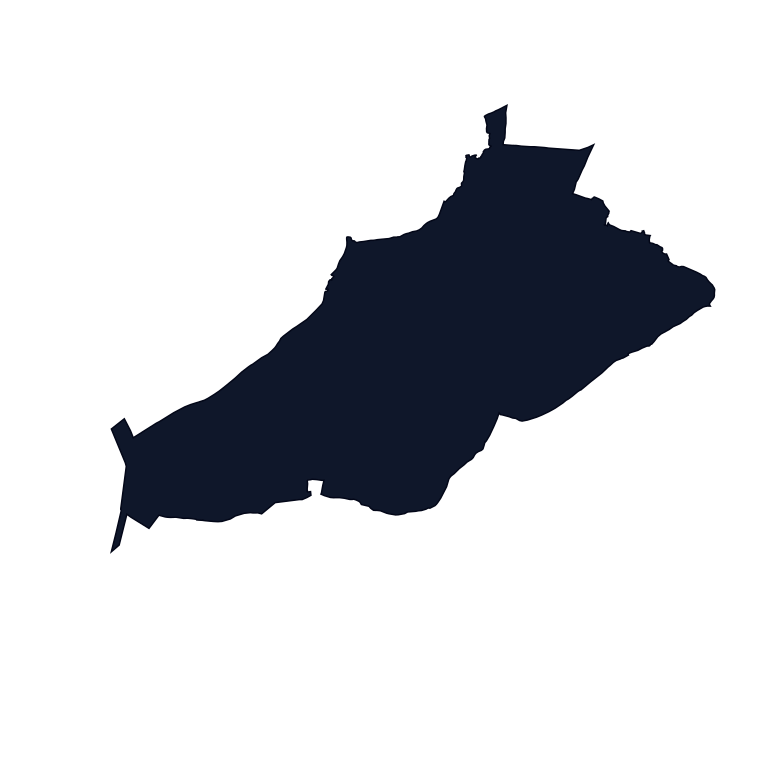 the district of Oarta De Jos, Maramures, Romania, rotated 141°
{"feature_id": "2599482B78193097020496", "entity_name": "Oarta De Jos", "entity_type": "district", "adm_level": 2, "iso_a3": "ROU", "parent_name": "Romania", "parent_adm1": "Maramures", "projection": "robinson", "projection_center": [23.086, 47.461], "detail": "fine", "context": "isolated", "style": "filled", "palette": "ink", "viewbox_px": 768, "rotation_deg": 141, "n_neighbors": 0, "source": "geoboundaries", "source_scale": "gbopen_adm2", "svg_char_len": 6084}
<svg xmlns="http://www.w3.org/2000/svg" viewBox="0 0 768 768"><g transform="rotate(141 384 384)"><path d="M364.5,496.5L369.4,494.4L369.5,494.0L367.9,493.2L367.9,492.6L368.3,492.3L369.5,491.9L370.6,492.2L371.4,492.7L372.1,492.6L378.5,486.9L381.8,485.2L390.6,484.0L403.3,482.7L416.2,483.7L420.3,484.2L432.1,484.5L435.5,484.3L438.1,483.1L441.0,482.4L444.2,481.3L446.2,480.8L450.1,480.4L455.5,480.1L462.6,481.4L473.7,482.0L475.6,482.4L478.6,482.6L487.1,482.8L496.3,482.2L507.3,482.1L516.5,482.2L522.5,482.7L529.7,483.6L533.8,484.4L547.2,489.7L553.3,491.6L565.4,494.0L582.2,496.1L585.5,496.8L612.7,500.0L610.5,507.0L607.7,520.4L624.2,520.6L634.6,485.6L636.1,482.2L666.9,452.9L667.5,452.2L667.8,451.1L668.2,450.7L686.1,436.8L701.5,425.2L691.2,425.5L665.8,444.6L664.5,439.8L657.5,419.7L641.5,423.7L637.7,418.4L636.1,416.7L633.8,414.6L629.5,411.4L624.2,405.6L621.1,403.3L617.6,399.8L615.2,397.2L615.1,396.2L611.0,392.4L610.8,392.5L610.6,392.4L610.8,392.2L609.2,390.5L604.4,385.8L604.1,385.7L603.6,385.0L599.7,381.5L596.4,379.2L588.3,375.8L582.5,375.0L574.0,371.5L568.8,368.1L567.1,366.4L563.1,363.2L560.8,360.1L543.2,360.3L522.6,347.5L520.4,345.7L515.4,344.3L510.8,343.5L508.8,346.6L510.9,347.8L511.3,348.4L511.1,349.2L510.8,349.1L510.0,350.5L506.2,354.5L504.7,356.8L504.3,357.2L503.4,357.2L501.1,355.7L499.8,355.2L496.3,351.9L492.8,348.1L491.2,346.9L495.3,343.8L501.3,338.6L502.3,338.1L500.6,334.8L497.1,329.6L494.9,327.5L490.2,323.8L486.8,320.3L483.2,315.8L481.4,314.3L480.2,313.7L479.6,312.9L478.6,311.3L477.3,308.6L477.0,307.1L477.4,304.6L472.6,298.4L472.5,295.7L471.7,292.7L471.4,292.2L469.2,290.4L466.6,287.8L463.3,282.0L461.8,280.0L457.4,275.0L455.2,273.4L449.5,270.3L446.2,269.7L439.6,265.2L437.0,263.8L434.5,262.1L430.1,260.3L427.9,259.9L426.8,259.1L426.5,258.6L420.9,257.4L418.8,257.6L416.7,258.1L411.8,259.6L400.0,264.8L394.1,268.9L392.8,269.6L390.9,270.1L389.5,270.3L385.8,270.2L378.9,270.9L372.6,270.8L368.5,271.1L363.3,270.4L361.0,270.7L357.9,272.0L355.8,272.4L353.1,272.1L350.2,271.2L348.3,271.2L347.6,271.5L344.9,273.3L341.9,275.5L341.8,275.1L340.2,275.4L334.3,277.6L325.4,281.9L318.0,285.8L312.8,289.1L312.8,287.0L311.6,285.7L307.3,279.8L305.4,276.6L303.2,274.3L301.6,270.3L300.0,268.3L295.2,265.7L286.3,262.2L280.9,260.6L273.5,258.8L269.7,258.1L266.1,257.5L256.9,256.7L252.9,256.8L250.0,256.3L245.6,256.1L238.2,256.2L235.6,255.9L235.1,255.8L234.9,255.5L222.1,255.7L207.5,255.5L199.1,256.2L196.7,256.2L192.2,256.5L188.8,256.2L184.6,254.7L183.1,254.4L182.0,253.8L179.4,253.3L175.8,252.7L175.6,253.4L175.2,253.9L174.2,253.7L171.4,252.8L165.5,250.4L160.9,249.5L155.8,248.0L154.0,246.7L153.3,246.6L151.5,247.0L151.2,246.9L150.9,246.5L147.2,247.1L141.5,248.5L137.3,248.6L128.1,246.9L123.2,246.6L115.5,244.6L112.8,244.5L108.2,244.0L104.3,244.3L101.6,243.9L98.2,244.3L94.4,244.0L87.7,243.0L85.9,242.3L83.5,241.0L81.4,239.2L81.2,240.6L80.4,241.7L77.6,242.5L74.4,243.1L72.9,243.7L71.5,244.9L70.0,246.8L67.6,249.2L67.0,250.8L66.8,252.7L66.5,254.2L66.8,256.2L67.1,259.0L67.1,261.5L66.7,264.2L67.2,266.0L68.3,267.9L69.0,270.3L70.8,274.3L77.3,286.7L78.8,288.1L81.0,289.1L82.2,290.8L82.3,291.8L84.3,294.3L84.4,295.1L85.7,300.0L85.8,300.8L84.2,301.3L82.6,307.2L83.7,308.0L84.3,308.8L84.6,309.5L84.9,310.5L84.8,312.4L83.6,312.5L83.1,312.9L82.2,314.1L82.1,314.7L82.2,315.2L83.2,317.1L83.7,318.9L84.2,320.0L84.2,320.5L85.2,321.2L86.6,324.1L88.7,326.6L87.2,329.1L84.6,331.4L83.7,331.8L86.5,334.7L87.5,336.2L86.5,337.3L85.7,339.7L87.2,340.3L87.5,339.3L89.9,339.6L95.5,347.7L97.4,347.4L99.7,350.1L99.9,350.9L102.7,353.7L103.8,355.7L106.4,361.9L108.4,365.4L108.6,366.5L108.3,368.1L108.7,368.0L111.0,366.4L111.1,367.3L112.6,368.6L112.6,368.8L112.0,368.5L111.2,369.1L107.0,373.2L106.2,373.5L104.8,373.3L104.1,374.3L101.8,375.3L101.4,375.6L101.2,376.4L100.3,376.6L100.3,383.5L99.7,386.7L98.8,388.5L100.5,392.6L102.8,396.9L103.2,397.1L104.7,396.8L105.2,397.2L106.7,396.7L109.1,400.1L110.4,401.6L115.6,410.2L117.7,413.3L113.6,415.4L107.2,420.3L106.4,420.3L103.9,421.2L95.4,425.6L91.0,427.5L83.0,432.0L70.5,438.0L76.6,439.5L85.2,442.7L107.6,463.7L110.3,466.6L117.9,473.8L121.3,476.6L127.6,482.4L130.9,485.9L134.5,489.0L140.8,495.0L138.7,497.3L135.3,499.2L131.6,503.2L129.2,506.1L125.3,509.7L121.7,514.1L118.8,518.2L113.1,523.2L122.3,525.1L125.8,526.1L126.7,526.1L130.0,527.0L132.9,528.1L136.3,528.8L137.5,528.8L137.8,528.2L138.1,526.3L139.3,524.2L141.0,520.4L143.6,518.0L145.5,515.4L145.6,514.2L144.3,512.5L144.1,511.9L146.0,510.7L147.3,508.4L148.5,507.9L150.4,505.8L150.5,505.4L151.6,504.5L151.9,503.4L151.1,501.7L151.3,501.4L152.3,501.5L153.9,500.7L154.4,500.7L157.2,502.4L158.7,502.6L160.7,502.0L161.5,500.9L163.3,500.6L164.2,499.9L165.6,499.8L166.3,499.0L166.9,499.1L168.1,499.9L169.5,499.8L169.9,500.1L170.1,501.1L170.7,502.2L170.7,502.8L170.5,503.1L168.3,503.7L168.3,503.9L169.6,504.8L172.2,505.8L173.9,505.8L174.3,506.3L174.3,507.0L173.8,508.6L175.9,509.8L176.6,509.9L176.9,509.6L177.0,508.8L177.7,508.4L177.5,507.6L177.7,507.1L179.2,506.2L180.0,505.2L180.3,505.5L180.7,505.3L183.7,502.8L186.7,500.0L188.0,499.0L188.4,498.6L188.1,498.1L188.3,497.7L191.3,495.1L193.7,492.4L195.0,491.6L197.3,491.3L197.9,490.8L198.9,489.1L199.9,489.0L201.4,489.2L203.5,490.0L204.3,490.0L205.7,489.5L207.5,488.5L209.7,488.0L210.9,487.2L211.6,486.9L214.1,487.6L216.6,487.6L221.2,486.9L222.0,487.2L222.3,488.2L234.0,481.1L236.6,479.8L238.3,479.4L239.9,479.5L245.6,481.4L248.5,482.0L250.2,482.1L253.2,482.0L256.5,481.4L259.5,481.6L262.4,482.4L266.0,484.4L269.9,485.7L272.1,486.8L274.4,487.6L279.0,488.4L280.9,489.8L281.7,490.1L284.2,492.1L288.5,493.8L298.1,500.2L301.5,502.1L303.8,503.9L310.1,507.5L313.8,509.9L316.2,511.0L317.0,512.8L316.9,513.7L317.5,514.4L318.3,515.0L318.5,515.5L318.3,517.1L317.7,518.1L317.8,519.2L319.1,520.7L320.2,521.5L320.8,521.3L321.7,520.3L323.5,517.6L325.6,515.1L327.2,513.8L332.6,510.4L335.9,509.0L340.7,507.6L343.6,506.0L347.6,503.4L349.5,502.9L356.2,502.2L356.2,501.4L355.2,499.7L355.2,499.4L355.4,499.1L356.5,498.8L358.3,498.7L358.8,497.9L359.1,497.7L359.6,498.0L359.9,498.6L360.4,498.9L362.0,498.6L362.7,498.3L364.5,496.5Z" fill="#0f172a" stroke="#020617" stroke-width="1.5"/></g></svg>